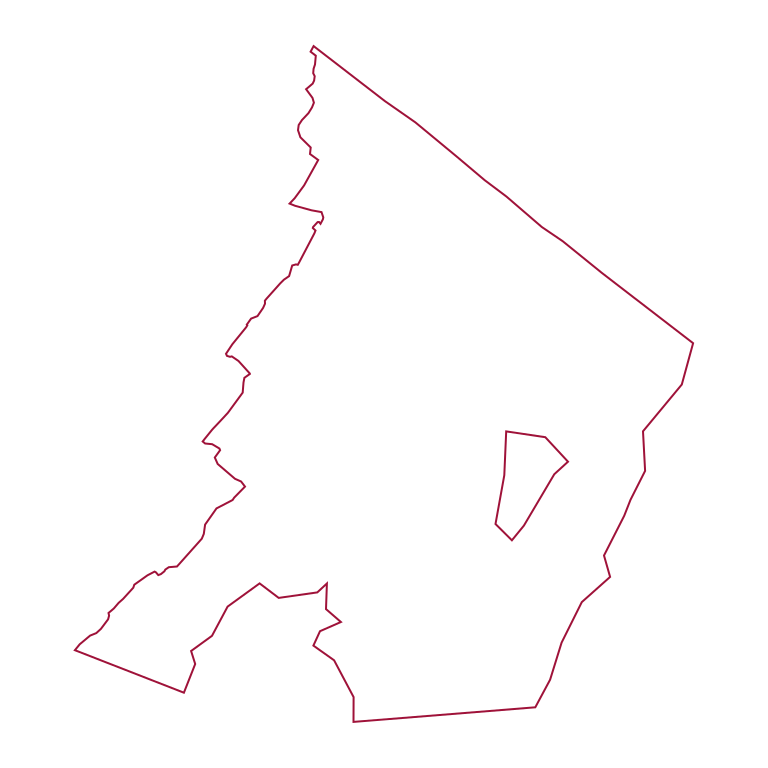 the district of Frederick, Virginia, United States of America
{"feature_id": "52423323B68030863312797", "entity_name": "Frederick", "entity_type": "district", "adm_level": 2, "iso_a3": "USA", "parent_name": "United States of America", "parent_adm1": "Virginia", "projection": "robinson", "projection_center": [-78.349, 39.237], "detail": "fine", "context": "isolated", "style": "outline", "palette": "rose", "viewbox_px": 768, "rotation_deg": 0, "n_neighbors": 0, "source": "geoboundaries", "source_scale": "gbopen_adm2", "svg_char_len": 1985}
<svg xmlns="http://www.w3.org/2000/svg" viewBox="0 0 768 768"><path d="M693.1,343.2L636.4,299.5L634.4,298.0L601.6,272.7L562.7,241.2L541.8,227.0L506.5,196.6L484.7,180.2L456.5,156.4L415.4,122.4L384.9,101.1L313.6,46.1L310.6,51.7L315.8,55.7L315.0,64.5L313.6,68.7L313.2,73.2L314.7,76.2L314.1,80.6L312.7,83.6L306.1,89.2L312.5,97.9L313.9,102.7L312.0,107.4L308.5,113.1L302.0,120.0L298.7,125.0L298.0,130.2L300.4,137.3L310.7,147.5L310.0,154.0L318.2,160.0L304.1,185.4L294.7,198.2L289.6,203.6L295.1,205.8L311.5,210.3L321.5,212.1L323.3,217.4L322.9,219.3L320.5,223.8L319.0,222.0L317.6,222.1L313.1,227.0L312.8,228.0L315.5,230.5L314.4,233.3L299.2,262.3L297.8,264.8L296.0,264.4L292.2,265.5L289.1,276.1L283.9,279.7L280.1,283.5L266.6,298.6L264.9,300.7L265.0,303.7L263.1,307.9L257.5,316.1L251.1,318.6L246.8,324.6L247.3,325.3L246.2,327.2L232.3,344.3L226.0,353.8L227.0,355.9L230.0,356.8L231.8,356.4L238.5,361.0L249.8,373.5L249.9,373.9L244.4,377.8L243.5,382.5L242.7,392.6L227.9,412.8L220.5,420.8L215.7,425.9L213.4,428.3L211.8,430.1L210.6,431.6L204.7,438.9L202.7,441.5L205.1,443.5L212.2,444.2L219.4,448.5L220.1,450.2L214.8,457.5L217.7,464.0L235.0,478.8L241.1,481.5L245.0,486.6L234.2,497.6L232.6,500.0L216.5,508.4L205.1,524.6L203.8,533.9L201.8,538.7L177.0,566.5L168.8,567.2L165.3,569.6L164.4,571.3L160.9,574.1L158.3,575.1L155.9,572.3L154.6,571.6L147.5,575.3L134.3,584.7L133.3,587.7L123.1,598.9L118.6,602.9L113.8,608.5L108.5,613.0L109.1,615.6L108.1,619.3L100.9,628.9L96.3,633.1L90.1,635.6L79.7,644.3L74.9,650.2L183.9,692.7L195.2,664.0L191.1,651.0L212.0,635.8L227.6,606.6L259.6,583.4L278.7,597.9L317.3,592.4L326.9,583.5L326.0,609.1L340.9,622.0L320.0,631.2L313.4,645.6L334.1,660.3L353.6,697.1L353.5,721.9L535.3,707.3L550.1,679.7L561.6,642.6L581.8,602.1L610.1,576.9L604.0,555.5L624.2,515.8L630.5,499.8L645.1,470.9L643.0,431.3L681.8,384.5L693.1,343.2ZM504.3,475.2L506.2,431.4L545.3,437.2L568.0,461.7L554.3,474.2L523.9,525.6L511.9,540.3L495.5,524.0L504.3,475.2Z" fill="none" stroke="#9f1239" stroke-width="2"/></svg>